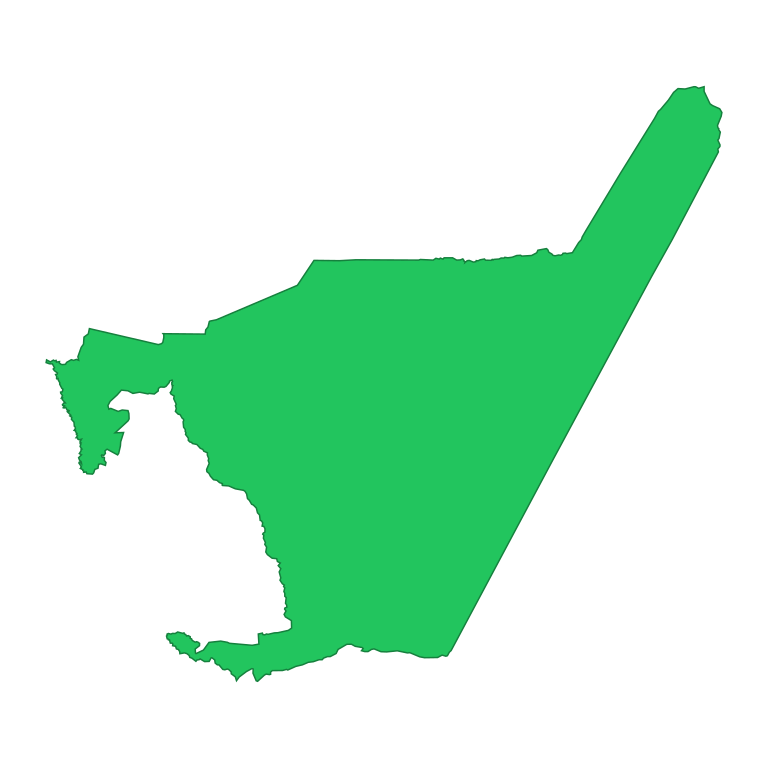 Maicao, La Guajira, Colombia
{"feature_id": "7082276B98586800286799", "entity_name": "Maicao", "entity_type": "district", "adm_level": 2, "iso_a3": "COL", "parent_name": "Colombia", "parent_adm1": "La Guajira", "projection": "albers", "projection_center": [-72.426, 11.405], "detail": "fine", "context": "isolated", "style": "filled", "palette": "green", "viewbox_px": 768, "rotation_deg": 0, "n_neighbors": 0, "source": "geoboundaries", "source_scale": "gbopen_adm2", "svg_char_len": 6013}
<svg xmlns="http://www.w3.org/2000/svg" viewBox="0 0 768 768"><path d="M236.5,680.7L239.2,677.0L246.5,671.5L251.9,668.6L253.2,669.0L253.0,673.2L256.2,680.8L257.6,681.3L264.5,675.0L266.2,674.1L269.4,674.6L270.6,674.3L270.6,672.0L272.3,670.6L282.5,670.5L286.5,669.4L287.8,670.0L295.8,666.4L302.5,664.8L308.3,662.3L313.3,661.7L319.1,659.7L322.2,659.7L323.6,658.1L327.4,656.6L330.2,656.6L336.1,653.5L338.1,649.4L346.8,644.3L351.4,644.2L355.2,646.3L362.1,647.5L363.2,648.5L361.5,650.7L364.8,651.6L368.0,651.6L371.5,649.4L374.1,648.9L381.0,651.7L386.6,651.9L397.3,650.8L407.4,652.9L409.9,652.7L419.7,656.8L424.5,657.7L437.6,657.5L442.1,655.1L445.9,656.2L447.4,655.7L449.4,652.1L451.1,650.6L553.4,458.9L651.5,276.7L672.3,239.4L718.4,151.9L717.8,149.1L719.9,146.5L720.0,144.9L717.8,140.1L719.0,138.5L720.3,132.1L718.7,129.7L718.8,128.6L717.9,127.8L717.5,125.4L721.2,116.2L721.9,112.5L719.7,108.8L712.6,105.6L710.0,103.8L704.1,91.4L704.1,86.7L698.6,88.3L695.7,86.8L694.0,86.7L685.1,89.0L678.0,88.6L673.6,92.4L668.5,100.0L660.5,109.5L658.4,111.3L654.6,118.3L620.3,173.5L586.2,230.1L582.2,237.0L581.4,239.6L578.7,242.5L572.4,252.7L566.8,253.6L565.5,253.1L563.0,253.3L562.4,254.5L560.7,255.3L558.7,255.0L555.1,255.8L552.9,255.3L551.9,254.0L548.9,252.3L547.7,249.6L546.4,248.6L537.9,250.2L536.7,252.8L531.6,255.5L521.7,256.1L520.7,255.3L516.8,255.5L512.2,257.2L507.8,257.8L504.8,257.3L503.9,258.1L501.1,258.0L499.1,259.0L493.8,259.4L493.0,260.0L492.2,259.4L491.3,260.3L485.5,260.2L484.5,259.0L480.1,259.8L478.1,260.8L476.2,260.6L475.8,261.7L473.4,262.1L469.2,260.4L467.2,260.7L464.9,262.6L465.1,261.7L463.7,260.9L463.9,260.4L462.8,258.9L460.3,259.9L456.7,260.1L452.6,257.8L450.9,257.8L444.1,257.8L443.0,259.1L440.3,258.1L439.3,259.1L435.9,258.3L433.2,260.1L420.4,259.5L418.6,260.1L356.0,259.8L339.5,260.7L314.0,260.4L297.4,285.3L216.3,319.8L209.9,321.1L209.3,321.6L208.0,327.0L205.7,329.9L205.2,334.1L163.1,333.7L163.8,334.6L163.8,337.6L162.8,342.4L161.5,343.7L158.3,344.6L89.4,328.6L88.3,333.9L84.0,337.1L83.5,344.2L81.2,347.4L77.9,356.7L78.7,360.3L76.4,359.4L73.6,360.4L71.3,359.7L66.6,362.4L65.5,364.3L62.4,364.6L61.0,364.3L59.3,363.0L59.5,361.6L56.4,362.1L56.1,360.4L54.5,360.8L53.4,360.1L50.4,361.9L46.6,359.9L46.1,362.6L49.4,363.8L52.4,363.9L54.5,367.8L53.2,369.0L54.4,370.7L57.5,373.0L57.2,374.1L55.6,374.5L56.8,376.7L56.5,378.3L56.9,378.9L58.1,378.5L58.2,379.9L59.8,382.8L59.7,384.2L61.8,388.3L62.9,389.1L62.3,391.8L60.6,392.1L60.7,393.1L62.5,395.6L61.4,398.1L62.5,397.9L62.2,399.4L65.3,402.9L63.8,403.0L62.4,404.8L62.8,405.5L64.5,405.8L63.2,407.7L64.1,408.0L65.7,407.4L66.9,409.6L69.2,410.7L68.7,411.5L67.3,411.1L67.2,411.6L70.8,415.2L69.8,415.9L71.8,417.3L71.4,419.3L74.0,422.2L74.3,426.2L75.1,426.8L75.4,428.5L74.2,430.3L75.6,430.4L75.4,431.3L77.0,433.6L76.3,434.1L77.5,435.8L76.1,437.7L77.4,437.8L77.9,439.2L79.3,439.8L81.5,439.2L79.9,442.0L81.1,442.9L80.2,443.7L80.8,444.3L80.1,446.5L81.8,448.9L81.1,448.9L81.0,450.9L79.3,453.6L81.5,454.8L78.6,457.7L79.5,460.1L81.2,461.7L81.5,463.5L80.1,461.9L79.3,462.1L78.9,463.0L81.3,466.5L80.8,467.1L81.2,467.8L80.4,468.5L82.9,469.7L82.8,470.5L83.9,471.4L83.7,472.3L86.2,472.0L86.9,473.7L92.5,474.1L93.7,472.8L94.8,469.4L98.0,468.2L98.6,464.3L100.8,463.8L105.4,465.4L106.0,462.5L104.3,460.4L104.4,457.6L103.6,457.1L102.3,457.4L101.4,455.4L101.8,454.9L103.8,455.4L105.4,453.4L105.0,450.8L107.1,449.2L117.6,454.9L118.7,453.3L120.4,446.0L120.7,441.8L123.6,432.5L115.1,432.8L128.0,420.9L129.1,418.9L128.9,413.6L128.0,410.6L122.2,410.0L118.2,411.4L110.8,408.4L108.9,409.2L107.9,405.6L110.1,401.4L117.2,394.9L121.4,390.1L128.0,390.8L132.9,393.4L139.6,392.2L148.0,393.9L149.1,393.4L154.3,394.0L158.2,391.0L158.3,388.9L159.0,387.9L160.5,387.0L164.2,387.2L166.0,386.4L169.1,382.7L169.6,381.0L172.1,380.1L172.6,381.6L171.8,382.5L171.9,384.9L172.9,385.6L172.3,386.2L172.4,387.9L171.3,391.2L170.2,392.6L170.9,394.0L174.2,396.1L173.7,398.7L176.3,404.3L175.4,405.5L176.3,408.6L175.4,411.4L178.2,414.2L180.1,414.6L182.1,418.1L183.5,419.2L183.7,420.6L183.1,421.8L183.6,427.2L185.3,429.6L185.2,431.5L186.0,432.7L185.5,434.4L188.3,438.1L188.3,440.4L189.9,442.0L191.7,442.4L192.3,443.5L196.9,444.5L200.3,448.3L202.8,449.4L203.8,451.2L207.4,452.8L207.3,455.0L208.7,458.5L208.2,460.6L209.2,463.3L206.6,469.5L206.9,471.7L209.0,473.4L210.4,476.2L213.5,479.7L216.9,480.3L219.5,482.6L222.4,483.6L222.1,485.0L222.6,485.5L228.6,485.9L235.3,488.8L243.5,490.3L245.0,491.3L246.6,493.9L247.5,498.6L249.3,500.3L251.6,504.2L253.3,505.0L256.3,508.0L257.5,512.8L259.5,514.9L260.2,520.4L261.5,520.8L262.7,522.9L262.1,526.1L263.8,526.4L265.0,528.7L264.9,532.1L263.2,533.2L262.7,534.2L263.8,535.2L263.4,538.2L265.4,542.4L264.8,544.4L266.6,547.1L265.8,552.0L267.4,554.6L272.1,558.2L276.7,558.7L277.4,561.5L280.3,563.0L278.2,565.6L280.8,568.7L279.2,571.9L280.8,577.9L280.0,580.2L282.4,583.8L284.3,585.1L283.6,586.6L284.8,587.8L283.9,591.5L284.8,593.3L284.8,596.3L286.2,597.6L285.5,603.3L286.6,604.9L286.9,607.1L284.8,608.1L284.6,609.1L286.0,611.0L284.1,614.4L285.4,616.9L291.4,620.6L291.6,628.1L288.3,630.4L277.9,632.7L274.2,632.9L268.2,634.3L266.4,634.0L264.7,634.9L262.9,634.6L262.4,633.1L258.3,634.0L258.9,644.1L252.2,645.3L229.5,643.3L227.4,642.3L220.7,641.1L209.0,642.4L203.4,650.1L196.0,653.6L195.5,653.1L195.2,649.0L199.5,645.7L199.6,643.4L198.0,642.2L196.6,641.7L195.2,642.2L192.2,640.4L191.6,638.9L190.2,638.3L190.2,636.7L188.2,635.6L186.6,636.0L185.6,634.4L184.5,634.2L184.0,632.9L182.6,633.3L177.7,632.0L175.2,633.5L172.4,633.4L171.0,634.1L168.3,633.5L167.0,634.2L167.3,635.2L166.5,636.0L167.2,638.8L168.0,638.9L168.4,639.9L169.5,639.8L170.3,643.1L172.3,643.2L172.9,644.1L172.6,645.7L175.6,646.3L176.4,648.9L178.4,649.5L179.7,651.6L179.9,653.7L184.5,652.9L187.0,653.7L189.2,655.5L189.8,657.4L191.8,658.1L195.9,661.3L197.1,659.9L199.1,659.7L200.1,658.9L204.6,661.6L209.2,661.4L211.1,657.9L211.8,657.7L214.7,659.9L215.2,663.1L217.3,664.8L219.0,664.9L222.8,669.4L224.9,669.8L227.2,669.0L228.7,669.5L231.1,671.8L231.3,673.8L235.3,676.8L236.5,680.7Z" fill="#22c55e" stroke="#15803d" stroke-width="1.5"/></svg>